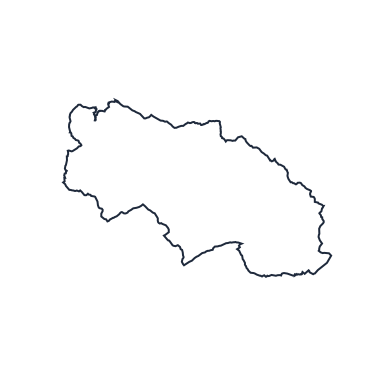 Oituz, Bacau, Romania, rotated 58°
{"feature_id": "2599482B92428944714354", "entity_name": "Oituz", "entity_type": "district", "adm_level": 2, "iso_a3": "ROU", "parent_name": "Romania", "parent_adm1": "Bacau", "projection": "mercator", "projection_center": [26.528, 46.157], "detail": "fine", "context": "isolated", "style": "outline", "palette": "slate", "viewbox_px": 384, "rotation_deg": 58, "n_neighbors": 0, "source": "geoboundaries", "source_scale": "gbopen_adm2", "svg_char_len": 5995}
<svg xmlns="http://www.w3.org/2000/svg" viewBox="0 0 384 384"><g transform="rotate(58 192 192)"><path d="M112.4,292.8L115.5,294.4L115.6,296.2L118.2,295.4L120.1,295.7L125.2,294.9L126.0,293.7L126.9,293.0L128.1,291.5L128.7,291.2L129.5,290.0L129.7,288.9L131.6,287.5L131.4,286.0L133.7,285.4L137.6,284.9L138.2,284.2L138.7,283.2L138.3,281.2L139.5,280.9L140.6,279.6L141.9,279.6L144.2,277.0L144.8,276.7L150.0,277.2L153.4,278.8L155.8,279.3L156.8,278.9L158.4,277.3L159.8,277.2L160.9,278.0L162.3,280.4L164.7,281.9L168.5,280.6L169.7,279.3L172.1,279.3L172.4,277.9L171.8,275.8L172.0,274.7L172.0,272.8L172.4,272.2L172.3,271.0L172.7,268.8L172.3,265.6L171.7,263.9L171.6,262.6L172.0,262.0L174.1,261.0L174.9,259.9L175.2,258.8L175.3,257.5L174.7,256.2L174.9,253.3L174.7,250.5L176.0,247.4L176.7,244.7L176.8,242.5L176.5,240.2L177.0,240.0L179.3,239.3L183.7,238.4L185.5,237.2L188.6,236.2L190.3,234.9L195.7,234.9L196.5,235.1L198.1,236.2L199.6,236.7L200.6,236.6L201.7,236.0L202.1,234.6L203.3,234.1L206.4,231.8L209.8,231.4L211.5,231.6L213.8,233.0L214.2,237.5L214.1,238.9L219.5,238.1L220.5,237.8L220.8,237.3L221.7,237.0L226.9,236.7L227.9,236.1L229.2,234.7L229.6,232.2L232.2,231.3L234.5,231.9L235.9,231.1L238.4,231.9L241.0,233.2L242.8,233.6L243.5,234.6L243.8,235.6L245.8,237.6L248.5,237.8L249.9,237.6L249.8,231.2L250.2,228.5L249.4,224.8L249.3,222.4L249.6,220.6L249.2,215.7L250.1,213.0L249.9,211.3L250.3,209.6L250.9,208.7L251.3,206.9L252.0,205.1L250.9,203.8L250.4,201.5L251.8,198.9L252.1,197.5L252.8,196.0L253.5,190.2L254.3,188.6L254.9,186.3L255.7,185.6L256.9,182.8L257.3,182.3L257.4,181.7L258.6,180.7L259.3,179.6L262.1,177.3L261.8,179.1L262.5,180.7L264.2,180.7L264.4,182.3L264.4,184.0L266.8,183.1L271.3,183.7L272.5,183.2L275.9,184.6L277.2,184.4L280.3,184.7L281.4,185.5L282.7,185.7L283.3,185.5L285.4,186.0L286.9,185.7L288.6,185.8L291.5,185.1L293.4,182.7L294.4,181.9L296.3,180.9L299.1,178.7L299.3,178.2L300.6,177.5L300.8,177.2L300.7,176.1L300.9,174.9L303.0,174.3L303.2,173.8L302.9,172.5L303.6,172.1L304.1,171.1L304.5,168.5L307.5,165.2L307.9,163.6L308.8,161.9L309.3,161.2L310.0,160.7L308.9,159.1L309.1,157.9L309.5,156.9L311.7,154.4L316.6,150.5L317.0,149.4L316.5,148.7L317.0,148.4L316.5,148.0L316.9,147.6L317.2,148.0L317.1,146.7L317.8,146.7L318.1,145.4L319.3,144.1L319.2,143.4L319.9,142.8L319.9,142.3L319.3,141.9L318.4,140.7L321.1,139.8L320.2,134.6L321.0,134.4L322.4,134.8L325.9,132.8L325.9,131.8L326.2,130.9L324.9,126.6L323.6,115.1L319.7,107.7L316.6,108.3L313.6,112.2L313.1,113.5L311.5,114.8L309.0,115.7L308.5,114.8L307.4,114.1L305.9,112.5L304.6,109.0L300.8,109.2L297.2,108.5L295.6,107.1L295.0,106.2L290.5,103.6L288.9,101.2L288.0,97.4L287.4,96.3L286.4,95.7L283.9,95.8L282.4,95.0L281.6,95.7L280.0,95.0L277.6,95.3L277.3,94.9L277.0,92.6L275.1,90.7L274.8,90.4L274.7,89.7L273.6,87.8L273.4,88.2L271.6,88.6L268.7,90.8L267.8,90.7L265.5,93.1L262.9,91.5L261.3,91.3L260.6,91.5L258.8,93.7L256.3,93.0L255.2,91.9L254.7,90.8L254.2,90.5L252.8,91.1L250.5,92.8L248.7,93.6L246.8,93.7L244.6,94.8L242.2,94.9L241.2,95.6L240.2,97.5L240.6,98.8L240.6,99.8L238.5,100.9L238.1,101.6L236.5,102.2L236.0,103.2L232.2,103.3L230.6,103.0L228.9,102.5L226.5,100.5L225.1,100.4L224.0,100.0L223.2,100.3L223.0,100.1L222.6,100.5L221.9,100.7L219.4,100.5L215.7,102.6L214.6,104.1L213.0,104.1L211.2,104.7L210.0,104.6L209.3,105.0L208.9,104.5L207.7,104.3L207.7,104.6L208.2,105.6L208.5,106.7L208.3,108.0L208.1,108.3L207.1,108.5L206.6,109.1L205.9,108.8L205.7,109.0L201.0,109.0L199.8,110.0L197.6,110.6L195.0,111.8L191.0,112.1L188.5,113.5L186.7,116.8L185.1,116.9L184.3,117.3L184.3,117.7L183.9,118.1L182.9,118.5L178.8,119.3L176.9,119.3L175.4,118.7L174.6,119.3L171.1,120.3L170.0,124.0L171.3,128.0L170.4,129.6L170.2,130.4L168.5,132.0L166.7,134.7L166.6,135.1L167.1,136.6L165.0,136.6L163.4,136.9L162.3,137.9L161.7,137.5L160.4,137.7L160.0,138.0L158.1,137.2L157.7,136.6L156.1,135.5L155.5,135.5L154.9,134.9L152.8,134.0L152.4,133.3L148.5,132.1L147.4,131.2L146.4,131.3L144.7,133.4L144.1,134.6L144.1,135.2L143.0,136.4L142.4,137.9L141.0,139.4L140.9,140.5L141.6,141.5L141.6,142.3L141.2,142.9L141.1,145.1L140.9,146.1L140.6,146.1L140.4,148.2L140.0,148.8L138.3,148.8L137.2,150.8L136.5,150.9L135.9,151.6L135.7,152.4L135.0,153.0L134.1,152.9L133.4,153.7L133.0,154.8L132.9,156.3L132.5,157.2L130.9,158.7L131.1,160.5L130.9,161.2L131.3,164.3L130.3,165.9L129.6,168.6L129.2,171.3L128.3,172.9L126.2,173.7L123.9,174.0L121.0,175.3L119.1,175.8L118.7,176.2L118.1,177.6L116.2,178.9L114.8,180.8L107.6,184.7L105.0,185.7L105.5,187.2L105.8,188.9L105.1,191.1L105.0,192.3L104.3,193.5L98.2,194.7L94.2,197.4L93.1,197.8L91.2,199.3L85.6,201.3L83.6,204.1L82.9,204.8L79.4,206.2L75.6,206.8L73.7,208.0L75.6,208.0L73.9,209.1L73.9,209.3L74.5,210.0L72.8,212.1L72.1,214.6L72.5,215.0L72.1,215.5L72.5,216.0L73.1,215.9L73.2,216.6L75.9,217.3L76.1,220.5L76.5,221.4L76.4,222.2L76.7,222.3L77.4,223.4L75.4,225.4L74.8,226.6L74.3,226.9L74.4,227.5L74.1,227.9L74.2,228.2L74.0,228.3L74.0,228.8L74.7,229.7L74.6,230.0L76.3,231.8L76.1,232.4L76.4,233.3L77.3,234.1L77.9,234.2L78.3,234.7L79.8,235.4L80.1,236.0L79.9,236.4L79.8,236.5L78.6,235.2L76.5,234.2L75.0,233.8L74.4,234.0L74.0,233.4L72.7,233.4L73.0,231.7L72.8,231.1L71.0,229.3L71.0,229.0L70.1,228.9L70.0,229.0L70.2,229.6L69.9,229.9L69.7,230.0L69.0,229.3L68.9,229.8L68.3,230.2L68.0,231.2L67.7,231.5L67.6,232.4L66.7,234.8L63.6,237.2L63.1,237.7L62.7,238.8L60.9,239.8L58.9,240.3L57.9,241.9L57.8,242.4L58.5,244.2L58.4,245.0L59.3,249.3L60.3,251.4L60.7,253.1L61.2,253.8L61.8,254.6L62.8,255.2L62.9,255.6L64.1,256.4L67.6,257.5L68.5,258.8L68.5,259.2L69.5,260.3L71.8,261.9L76.6,263.5L76.8,263.9L77.3,263.3L78.3,263.3L80.6,264.4L81.7,263.7L83.3,263.9L84.8,263.1L86.3,263.0L87.9,261.4L88.6,261.1L90.4,261.6L91.8,261.0L93.7,261.0L93.9,261.5L93.9,262.6L93.4,263.7L93.4,264.1L94.0,266.3L94.0,271.7L93.7,272.6L91.5,274.5L91.2,275.5L92.4,275.9L94.3,277.0L94.8,277.8L95.6,278.2L95.8,278.6L95.5,279.3L98.8,281.2L102.3,284.6L102.6,285.4L104.8,287.4L106.3,287.6L107.7,287.0L108.1,287.8L107.9,288.0L109.3,289.1L108.9,290.2L110.2,291.6L112.8,292.1L112.4,292.8Z" fill="none" stroke="#1e293b" stroke-width="2"/></g></svg>